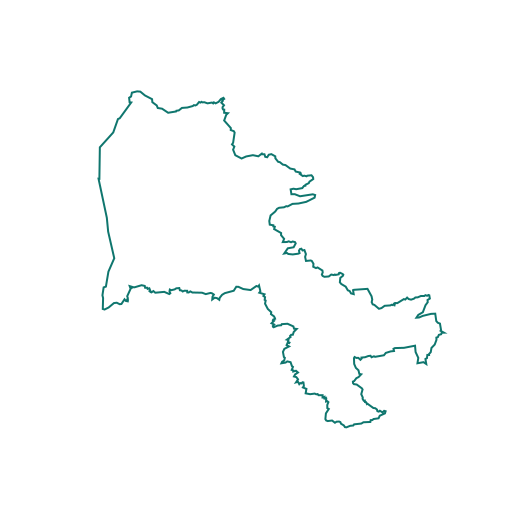 Teúl de González Ortega, Zacatecas, Mexico (Equal Earth projection), rotated 255°
{"feature_id": "50627088B73152877685889", "entity_name": "Teúl de González Ortega", "entity_type": "district", "adm_level": 2, "iso_a3": "MEX", "parent_name": "Mexico", "parent_adm1": "Zacatecas", "projection": "equal_earth", "projection_center": [-103.508, 21.35], "detail": "fine", "context": "isolated", "style": "outline", "palette": "teal", "viewbox_px": 512, "rotation_deg": 255, "n_neighbors": 0, "source": "geoboundaries", "source_scale": "gbopen_adm2", "svg_char_len": 6112}
<svg xmlns="http://www.w3.org/2000/svg" viewBox="0 0 512 512"><g transform="rotate(255 256 256)"><path d="M136.8,415.6L143.1,416.2L144.5,414.3L146.5,413.3L153.9,414.2L154.8,410.1L155.0,401.6L154.4,397.6L154.9,395.0L157.1,397.5L158.5,402.6L164.6,407.0L166.9,409.9L169.1,410.3L169.9,412.9L173.2,413.2L173.7,412.5L173.3,411.0L174.3,409.5L173.8,408.2L174.7,405.0L174.2,401.5L174.7,399.2L173.9,397.5L173.7,394.5L174.9,392.3L176.7,391.2L175.3,388.9L176.1,387.7L173.9,380.3L174.6,378.2L172.9,377.2L174.0,376.7L173.1,375.5L173.8,374.4L173.5,373.0L174.6,367.4L173.2,363.7L173.2,361.1L178.1,357.7L179.1,356.2L181.5,355.8L183.8,357.0L187.2,357.2L195.4,355.2L198.0,341.8L197.9,340.9L193.9,340.5L195.3,338.1L197.9,337.4L199.1,335.8L203.2,334.7L206.9,331.1L208.9,330.2L213.1,331.8L214.3,334.7L215.3,335.5L216.1,335.1L218.1,332.8L218.0,331.7L216.9,331.2L217.1,328.0L217.7,327.4L217.4,326.3L218.6,323.9L217.4,321.0L218.2,316.7L219.5,315.2L221.0,314.8L222.9,316.2L224.8,316.4L229.0,312.5L228.8,310.8L230.8,308.5L233.6,309.5L236.8,308.6L237.5,307.7L238.3,303.0L242.4,303.2L244.9,304.7L249.2,304.3L249.3,302.4L251.3,301.7L251.3,300.2L250.0,298.9L247.5,298.8L247.3,297.4L248.0,291.9L249.6,287.7L250.9,286.7L251.1,283.9L255.2,288.7L254.7,294.6L257.9,297.6L259.3,297.3L260.5,295.2L260.2,293.4L261.7,291.4L261.5,289.5L262.5,285.5L265.3,287.6L269.6,285.6L271.7,286.2L277.3,280.5L279.4,281.7L280.1,280.4L281.2,280.7L282.7,277.4L286.4,277.9L291.4,280.6L294.0,286.1L296.1,288.6L296.6,290.8L295.8,295.7L296.3,298.1L295.7,299.4L296.9,304.7L295.7,310.6L295.3,318.5L297.2,327.7L299.6,328.9L300.9,326.8L302.3,314.0L305.7,309.4L306.5,306.2L311.4,306.7L311.3,309.6L310.1,312.1L309.6,318.3L311.2,320.4L311.1,321.9L312.0,322.2L312.7,325.8L314.0,326.9L315.5,331.2L317.3,331.5L319.6,330.5L320.3,326.3L319.9,325.5L321.1,323.4L321.1,321.9L323.9,319.6L324.4,320.6L325.1,320.4L327.3,316.2L329.7,315.6L331.6,311.7L336.2,308.0L337.3,305.6L340.5,303.3L341.2,301.8L345.3,300.0L347.3,300.4L350.4,297.2L350.5,294.5L348.5,292.4L349.4,290.6L352.1,290.5L352.7,288.2L353.4,288.1L351.7,284.1L354.2,279.1L354.7,272.3L353.9,267.3L358.7,262.1L364.6,261.4L367.3,263.4L370.0,261.7L371.3,263.2L380.7,267.3L382.3,266.9L384.2,264.2L386.1,264.8L395.1,260.3L400.1,263.8L401.2,265.8L402.6,262.3L405.6,263.2L406.1,262.1L407.2,261.9L408.4,262.2L409.9,264.1L413.1,262.2L414.4,264.0L415.3,263.7L416.0,265.9L417.2,265.5L416.7,262.7L414.6,259.8L413.9,256.5L415.3,255.1L414.5,254.1L415.6,253.2L416.0,248.7L417.9,245.9L418.3,243.9L419.0,243.3L418.6,241.9L419.5,240.9L417.4,238.0L417.1,236.4L417.8,235.1L417.2,233.7L417.2,228.1L418.2,222.8L416.6,219.1L416.9,216.7L416.3,216.2L417.1,208.2L422.6,203.4L424.4,199.4L427.1,199.1L431.4,195.7L434.4,196.2L439.8,190.3L444.7,186.8L445.8,183.8L445.9,178.4L442.4,176.6L441.7,174.4L437.2,173.7L436.6,175.2L424.3,160.0L424.0,158.1L412.3,150.1L401.4,133.3L371.1,124.7L371.4,123.9L331.5,121.8L317.8,119.5L290.5,118.5L279.1,109.4L265.3,103.1L265.1,100.7L257.8,97.5L254.9,97.4L244.5,94.3L243.5,95.9L244.4,100.3L247.3,106.6L246.9,109.4L244.7,111.9L244.5,113.6L248.2,117.8L246.3,118.6L245.4,120.4L246.6,120.9L247.1,120.1L248.4,121.3L250.5,121.2L256.8,126.4L259.6,126.2L258.6,127.8L258.2,127.1L257.3,127.4L257.7,129.2L257.2,130.5L257.4,137.9L255.9,140.8L254.0,140.7L253.5,142.7L252.3,142.8L252.4,144.6L249.8,144.9L249.6,144.1L248.5,144.8L247.9,145.6L248.7,147.8L246.6,149.2L245.1,158.1L241.7,162.4L242.2,163.6L244.3,163.3L245.9,164.1L244.9,165.3L244.8,168.8L245.4,170.6L244.9,173.6L242.6,173.6L242.0,175.1L240.7,176.0L241.0,177.8L240.2,180.5L238.6,180.2L238.2,181.6L238.8,183.4L237.2,185.1L234.5,194.4L232.2,197.6L232.1,202.5L231.4,203.8L229.7,205.3L228.0,203.5L225.3,202.5L226.4,205.3L225.4,207.4L223.2,209.2L225.0,210.1L227.3,213.2L228.2,216.3L228.2,225.5L231.4,229.0L230.8,231.0L227.4,235.1L224.5,242.0L226.9,248.6L225.9,250.2L226.8,251.3L220.8,251.1L219.7,249.7L216.8,254.3L215.5,252.8L213.9,254.1L211.4,253.0L210.5,253.8L207.6,252.4L201.8,253.7L197.8,256.2L196.0,255.4L193.0,257.8L190.9,258.2L190.4,258.2L190.1,256.1L189.3,255.6L188.6,256.5L187.0,253.6L185.1,255.8L184.0,254.1L183.2,254.1L182.6,254.6L183.2,259.0L182.6,262.4L183.5,263.2L182.4,268.9L178.3,273.9L176.0,273.9L175.0,276.4L172.9,272.8L170.4,271.2L170.8,269.6L169.9,268.2L168.8,268.4L167.2,264.2L166.4,265.6L164.8,264.6L163.7,265.9L163.3,265.5L164.1,264.2L162.0,262.5L160.1,264.5L159.0,259.4L156.4,257.2L151.2,256.8L150.2,257.5L147.8,256.2L147.1,253.9L145.8,252.8L145.4,257.0L146.1,258.9L144.5,261.9L140.4,262.2L139.3,263.0L136.7,261.0L135.8,262.4L134.8,262.1L134.8,264.9L132.6,266.4L131.5,263.1L129.8,261.5L128.6,263.6L126.0,264.7L123.6,262.0L123.6,264.0L121.0,264.6L121.8,265.9L121.2,266.8L122.0,268.3L121.6,269.1L118.0,268.6L116.9,267.3L114.6,270.3L110.5,268.4L108.5,272.5L107.9,277.1L106.8,278.4L106.7,279.8L105.4,280.3L104.3,284.3L102.3,283.7L102.3,285.4L101.5,284.9L101.1,286.4L100.4,285.7L100.0,286.9L97.3,286.0L97.3,287.3L96.1,288.1L93.7,286.3L90.6,285.5L89.4,286.7L85.9,282.8L80.5,280.8L79.0,281.2L78.0,282.5L77.4,286.9L74.5,289.1L75.1,290.9L74.6,293.4L73.7,294.5L72.0,294.7L69.6,297.0L67.7,297.6L67.1,299.0L67.6,303.0L67.1,306.1L68.0,307.2L66.9,314.4L67.6,316.7L66.1,323.5L67.8,324.3L67.4,325.9L68.1,327.3L67.5,332.4L69.7,334.2L70.6,339.8L72.5,341.0L73.3,339.7L72.2,337.7L74.5,335.6L73.9,334.3L74.7,333.1L76.4,333.1L78.1,331.8L78.8,330.0L84.5,325.4L84.3,324.8L86.3,324.5L86.7,323.5L88.2,323.7L88.3,322.6L90.5,322.0L91.7,322.5L95.3,321.9L99.5,324.4L100.8,324.0L105.8,320.0L106.9,317.4L108.1,316.8L109.6,317.1L109.8,318.5L112.0,321.3L112.5,323.7L114.5,327.0L115.4,325.3L119.1,325.4L122.1,323.5L126.3,322.9L132.0,324.2L132.9,325.1L131.6,326.5L131.1,328.5L128.7,330.0L129.6,331.5L130.6,331.6L130.0,335.1L130.3,338.5L130.0,340.8L128.3,341.4L128.6,344.0L127.8,344.9L127.0,353.9L128.8,356.3L129.0,361.4L128.5,364.7L130.8,364.8L131.1,366.4L129.0,375.2L128.2,386.4L121.9,385.3L115.6,386.4L110.6,384.2L110.1,390.3L107.6,392.5L112.7,393.0L113.1,394.7L116.1,395.9L115.6,397.5L116.4,397.6L117.9,399.9L121.8,401.7L124.2,405.7L128.3,408.6L130.5,409.1L130.6,410.7L132.5,412.2L132.5,414.6L133.8,415.5L133.3,417.7L136.0,414.9L136.8,415.6Z" fill="none" stroke="#0f766e" stroke-width="2"/></g></svg>